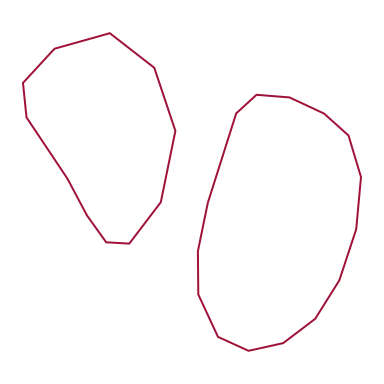 the border of Likoma
{"feature_id": "MWI-5509", "entity_name": "Likoma", "entity_type": "District", "adm_level": 1, "iso_a3": "MWI", "parent_name": "Malawi", "parent_adm1": "", "projection": "equal_earth", "projection_center": [34.654, -12.048], "detail": "fine", "context": "isolated", "style": "outline", "palette": "rose", "viewbox_px": 384, "rotation_deg": 0, "n_neighbors": 0, "source": "natural_earth", "source_scale": "10m", "svg_char_len": 460}
<svg xmlns="http://www.w3.org/2000/svg" viewBox="0 0 384 384"><path d="M256.5,94.8L289.4,97.4L324.1,113.6L348.5,135.5L361.0,177.1L356.2,229.3L339.3,280.4L315.2,318.8L283.2,343.1L248.5,350.8L218.0,336.9L198.3,294.5L197.9,251.2L207.8,202.9L236.2,113.4L256.5,94.8ZM53.4,49.9L54.9,48.6L109.8,33.2L154.3,67.8L175.4,130.9L160.8,202.2L129.3,243.6L106.2,242.3L87.0,215.5L67.4,178.6L26.5,117.4L23.0,82.9L53.4,49.9Z" fill="none" stroke="#9f1239" stroke-width="2"/></svg>